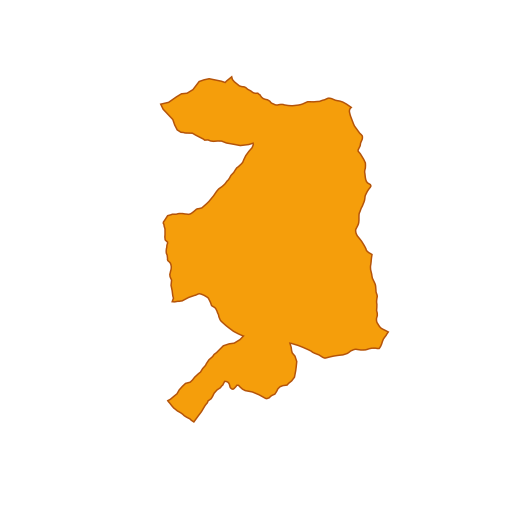 Lungnyi, Paro, Bhutan, rotated 206°
{"feature_id": "84629894B57093636302105", "entity_name": "Lungnyi", "entity_type": "district", "adm_level": 2, "iso_a3": "BTN", "parent_name": "Bhutan", "parent_adm1": "Paro", "projection": "natural_earth1", "projection_center": [89.391, 27.38], "detail": "fine", "context": "isolated", "style": "filled", "palette": "amber", "viewbox_px": 512, "rotation_deg": 206, "n_neighbors": 0, "source": "geoboundaries", "source_scale": "gbopen_adm2", "svg_char_len": 6137}
<svg xmlns="http://www.w3.org/2000/svg" viewBox="0 0 512 512"><g transform="rotate(206 256 256)"><path d="M103.8,245.7L106.8,245.8L109.5,245.8L111.7,245.9L114.0,246.7L116.6,248.3L118.2,249.3L119.2,250.5L120.2,252.3L120.5,253.5L120.7,254.8L120.9,255.7L121.4,256.7L122.0,257.8L123.7,259.8L124.3,261.3L124.9,262.8L125.5,264.1L126.2,265.6L127.0,266.7L127.8,268.2L128.4,269.8L129.0,271.7L129.2,272.6L130.0,273.9L131.8,275.7L132.5,276.5L133.3,278.0L135.3,281.4L136.4,282.8L137.7,283.9L141.6,287.0L143.0,288.8L144.0,290.3L144.9,291.4L146.9,293.8L148.0,295.7L148.7,297.2L149.1,298.6L149.4,299.5L150.1,301.5L150.7,303.0L151.4,305.0L152.4,308.2L153.7,308.3L156.4,308.5L158.7,309.2L159.5,309.7L160.3,310.6L161.7,311.7L163.4,312.9L167.5,315.5L171.8,317.6L173.6,318.4L174.5,319.0L175.7,320.0L176.4,320.7L177.1,321.7L177.6,322.5L178.0,323.7L177.9,328.0L178.0,329.6L178.3,331.0L179.2,333.4L180.9,336.9L181.8,339.0L182.0,340.4L182.0,341.4L182.1,342.2L182.3,344.0L182.4,345.2L182.3,347.5L182.5,350.1L182.6,351.8L182.9,353.8L183.6,356.0L184.0,357.0L184.3,358.4L184.3,362.2L184.2,363.7L183.8,366.2L183.4,367.8L183.4,369.3L184.5,370.3L187.8,370.6L189.4,371.4L190.8,372.7L192.1,374.4L193.5,376.6L194.2,377.7L195.2,379.1L195.9,381.0L196.2,382.8L196.7,384.0L197.3,385.4L198.0,386.7L198.5,387.6L201.6,390.1L206.9,393.5L210.2,395.0L210.7,396.1L210.7,400.7L211.5,403.3L211.6,404.7L211.7,407.3L211.9,408.2L212.2,409.0L212.8,410.1L213.4,410.7L214.9,411.3L216.6,411.8L224.5,416.0L226.1,417.3L232.2,423.0L233.6,424.5L235.3,426.6L235.7,427.5L236.0,428.4L236.0,430.0L235.5,431.3L241.3,432.2L245.5,432.4L248.5,432.0L251.3,431.2L252.9,430.8L254.7,430.7L256.9,430.6L258.7,430.2L260.3,429.5L261.7,427.9L262.7,426.6L264.5,425.1L266.7,422.8L269.2,421.4L271.6,419.9L275.3,418.2L276.6,417.6L277.4,417.1L279.8,414.2L280.8,413.0L282.4,411.5L284.1,410.2L289.3,406.9L292.9,405.4L296.8,404.2L297.9,404.1L299.0,403.7L300.7,402.8L301.8,402.0L303.2,400.9L305.0,400.3L306.9,400.3L308.8,400.2L309.9,400.4L311.2,401.1L312.4,401.3L314.3,401.4L315.9,401.0L316.8,400.8L318.8,400.7L320.7,401.2L322.2,402.0L323.3,402.7L324.2,402.6L325.7,403.1L326.7,402.6L328.0,401.9L329.6,401.6L330.7,401.6L333.1,402.1L333.9,402.1L336.6,402.2L339.1,402.9L340.9,402.8L343.0,402.0L345.5,401.6L351.9,403.1L354.6,404.3L356.4,406.4L359.2,400.3L359.8,398.4L363.8,397.9L375.8,394.8L379.9,391.6L383.6,387.9L385.6,377.9L389.3,372.1L393.3,369.6L394.1,369.1L397.3,364.1L401.9,355.8L408.2,350.7L403.8,347.2L390.6,342.2L386.5,338.1L382.1,334.8L377.7,334.3L375.4,335.2L373.6,335.5L367.0,338.5L363.1,338.2L354.3,338.0L353.0,337.6L350.0,339.3L347.2,339.5L344.5,340.4L340.8,342.6L337.3,344.2L332.2,344.6L324.8,346.7L318.5,348.4L311.4,353.0L308.1,356.1L307.2,354.8L307.0,351.6L308.3,346.8L309.2,341.7L309.2,340.0L309.2,338.5L309.2,337.4L309.0,334.4L309.5,332.4L310.5,329.8L311.3,327.9L311.9,326.9L312.1,325.8L312.3,324.4L312.6,321.3L313.4,318.8L313.8,317.5L313.9,316.2L313.9,314.8L314.1,313.3L314.3,312.0L314.8,310.9L315.3,308.2L315.5,307.2L316.2,305.3L317.0,303.4L317.8,302.0L318.8,300.2L319.1,299.3L319.7,297.0L320.0,295.1L320.5,291.5L321.2,288.7L322.2,284.4L323.3,281.3L325.8,275.4L326.7,274.7L327.9,273.7L329.5,272.6L330.1,271.8L331.2,269.2L331.9,267.7L332.8,266.0L333.6,264.9L334.8,263.9L336.6,263.3L338.4,262.6L340.5,262.0L343.1,260.8L344.4,260.0L346.1,258.5L349.5,256.9L350.7,255.6L353.1,253.5L353.4,251.0L353.7,248.5L353.8,247.6L354.1,246.2L353.8,244.9L352.6,244.0L351.5,242.4L349.7,240.5L347.9,236.9L347.0,235.0L346.3,233.2L344.7,230.7L344.0,230.4L342.7,230.0L341.7,229.8L341.1,228.8L340.8,226.7L340.5,225.9L340.0,224.6L339.7,223.2L338.9,221.1L337.9,219.3L336.2,217.8L334.4,215.0L334.0,214.0L333.2,213.2L331.4,212.7L330.1,212.2L328.8,211.1L327.4,209.2L326.5,207.0L326.1,204.8L325.7,203.2L325.4,201.7L324.2,199.8L323.1,198.8L321.3,197.3L319.5,192.4L316.1,188.0L314.3,185.2L313.3,183.7L311.7,181.9L311.3,178.2L309.2,179.0L308.2,179.7L306.6,180.9L305.0,181.7L303.8,182.6L302.8,183.2L302.2,184.0L300.8,185.9L299.2,188.1L298.2,189.4L296.9,190.7L294.0,193.6L293.1,194.3L292.4,195.2L291.3,196.5L290.6,197.2L288.6,197.7L285.5,197.9L281.9,197.6L280.5,197.3L279.4,196.5L278.2,195.6L276.8,194.5L275.6,193.4L274.6,192.3L273.9,191.9L273.0,191.8L270.6,191.6L269.4,191.2L268.1,190.3L266.6,189.1L265.9,188.3L264.0,186.8L262.7,185.1L260.7,183.3L259.9,182.7L258.7,182.1L256.3,181.4L252.4,180.3L248.7,179.5L246.6,179.1L243.5,178.5L242.0,178.4L238.0,178.3L234.3,178.4L232.2,178.6L233.7,173.9L237.4,168.1L241.6,165.3L246.0,161.0L249.1,151.9L250.5,149.2L250.9,146.6L251.4,145.4L252.8,142.1L253.4,137.6L253.4,135.6L254.6,131.4L255.0,127.3L256.1,125.1L257.3,122.0L258.0,120.2L258.7,116.8L259.8,113.8L263.5,110.6L265.0,106.6L266.3,102.1L266.6,97.5L268.1,94.3L270.2,89.6L271.9,87.3L271.1,86.8L268.9,85.9L266.1,84.5L263.3,83.3L261.3,82.9L258.8,82.3L255.2,82.1L252.7,81.7L250.5,81.0L247.8,80.7L243.9,80.6L242.2,80.0L239.1,79.6L237.7,87.6L237.5,88.5L237.1,90.6L236.8,92.2L236.2,99.3L236.0,100.2L235.8,101.2L235.5,102.1L235.4,103.2L235.6,104.7L233.8,108.0L233.5,110.6L233.5,114.3L232.3,118.6L231.0,120.8L230.4,121.7L230.1,122.8L230.0,123.8L229.3,125.4L229.3,127.6L229.2,129.6L227.6,130.2L226.2,130.3L225.0,129.9L223.9,129.2L221.6,126.6L220.8,126.2L219.1,125.9L218.2,126.3L217.6,127.3L216.8,129.9L216.5,131.5L215.0,132.1L213.0,131.3L209.8,130.4L206.7,130.3L199.7,132.2L192.3,132.6L185.0,132.2L183.8,132.5L182.4,133.9L181.8,134.6L181.5,136.0L180.4,137.9L178.5,140.1L178.1,143.4L178.1,146.2L177.1,149.0L175.0,151.3L171.5,153.6L170.9,155.8L169.2,159.4L168.3,163.9L170.0,170.2L171.2,173.8L173.1,179.0L177.1,183.1L181.0,184.8L182.7,186.8L184.3,189.3L187.3,192.5L185.7,193.0L178.9,194.1L173.6,194.5L168.0,194.7L164.9,194.7L162.9,194.3L160.7,194.3L156.0,194.7L151.7,194.2L149.8,194.3L148.9,194.7L147.8,195.6L145.7,197.4L142.6,199.9L139.6,202.0L137.5,203.4L134.6,205.2L132.7,207.0L131.1,208.6L130.1,210.4L129.3,212.1L127.2,214.6L125.9,215.7L125.0,216.1L124.2,216.3L122.4,216.9L120.5,217.5L118.3,218.6L116.5,219.6L115.2,220.7L113.7,222.2L111.5,223.9L108.1,225.6L106.5,226.0L104.7,226.9L104.5,228.5L104.4,229.4L104.5,232.0L104.9,234.5L105.1,237.3L104.6,240.1L104.3,241.5L104.2,243.1L103.8,245.7Z" fill="#f59e0b" stroke="#b45309" stroke-width="1.5"/></g></svg>